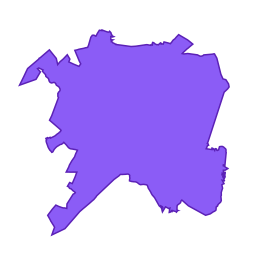 Suchiapa, Chiapas, Mexico, rotated 265°
{"feature_id": "50627088B44239726364509", "entity_name": "Suchiapa", "entity_type": "district", "adm_level": 2, "iso_a3": "MEX", "parent_name": "Mexico", "parent_adm1": "Chiapas", "projection": "mercator", "projection_center": [-93.131, 16.595], "detail": "fine", "context": "isolated", "style": "filled", "palette": "violet", "viewbox_px": 256, "rotation_deg": 265, "n_neighbors": 0, "source": "geoboundaries", "source_scale": "gbopen_adm2", "svg_char_len": 5619}
<svg xmlns="http://www.w3.org/2000/svg" viewBox="0 0 256 256"><g transform="rotate(265 128 128)"><path d="M204.5,45.2L196.0,33.2L193.0,31.4L188.5,28.8L180.1,23.7L184.5,40.6L191.5,45.6L195.0,43.0L195.6,44.4L193.2,48.4L192.8,48.0L192.0,47.7L188.3,50.5L187.2,50.6L186.5,50.7L186.0,51.2L185.4,51.9L184.5,52.8L183.6,53.2L181.8,53.5L180.7,54.0L180.0,54.7L179.5,55.9L179.7,57.0L179.9,58.1L179.7,58.8L179.1,59.4L178.5,59.9L177.5,60.1L176.8,60.5L175.7,61.9L174.9,62.8L174.0,63.2L173.1,63.6L172.1,63.7L171.2,63.5L170.5,62.9L169.7,61.9L169.1,61.6L168.5,61.1L168.1,61.2L167.4,61.0L165.4,60.9L164.4,61.4L146.9,53.1L142.6,50.5L131.9,60.9L131.5,61.1L131.1,60.9L130.8,60.5L130.3,60.3L129.8,59.3L129.1,58.6L128.1,56.8L126.6,54.7L126.3,54.1L124.7,49.9L125.5,49.6L124.7,47.3L125.4,47.0L124.8,45.3L123.3,45.9L123.0,45.4L121.8,45.3L120.6,45.5L118.8,46.0L115.7,46.8L114.3,47.4L112.6,48.3L111.5,49.3L110.4,49.9L110.6,50.8L111.3,51.4L113.0,52.5L113.9,53.4L114.9,54.5L115.9,55.9L116.6,57.5L117.3,58.6L117.6,60.3L118.3,61.7L119.3,62.8L116.6,65.0L113.9,66.8L112.9,67.8L112.6,68.3L112.2,69.2L111.8,71.1L111.4,72.4L111.1,73.7L110.3,75.7L107.0,73.7L103.8,72.2L100.1,69.1L96.2,66.4L94.4,65.6L89.5,62.6L89.2,65.7L89.1,66.3L89.0,67.4L88.9,68.4L88.9,69.0L88.6,72.3L88.5,73.2L87.7,72.8L84.2,71.2L77.5,67.6L78.8,65.1L75.2,62.6L74.9,63.2L74.5,63.6L74.2,64.1L73.3,64.3L72.6,65.1L72.3,66.1L70.4,67.6L69.4,68.8L68.7,69.6L68.3,69.9L67.9,69.6L67.5,69.1L67.2,68.5L66.9,67.6L57.7,60.6L53.2,60.0L53.5,59.0L53.9,58.1L53.9,57.1L54.2,56.1L54.5,55.2L56.0,52.0L57.5,49.4L53.6,45.4L48.0,40.4L43.1,42.6L42.1,42.9L41.2,43.4L39.2,44.4L37.3,45.4L35.5,46.2L32.6,44.8L28.1,42.8L33.2,56.4L41.8,65.3L44.2,67.8L48.9,72.6L51.6,76.3L53.3,78.8L54.9,81.0L56.5,83.3L58.6,86.1L59.7,87.7L60.2,88.2L62.5,90.5L63.0,90.7L78.2,109.9L78.4,110.4L78.9,111.1L81.1,114.8L82.4,116.3L82.2,118.9L82.1,121.8L82.2,123.5L81.9,124.5L81.3,125.2L80.7,125.6L79.7,125.4L77.7,125.5L76.3,125.0L75.2,124.9L74.4,126.9L73.9,129.3L73.7,130.9L72.9,132.4L70.9,134.5L70.4,135.7L70.5,137.0L70.5,138.5L70.2,139.9L69.8,141.5L69.1,142.3L67.8,142.6L66.6,142.9L65.9,143.1L64.9,143.7L63.0,144.6L61.6,145.3L61.0,145.4L59.8,146.0L59.3,146.2L56.3,148.4L47.7,152.3L46.8,153.2L47.7,153.7L46.7,155.2L45.9,154.4L45.4,155.5L44.7,154.4L44.2,154.7L43.1,154.7L41.4,155.0L46.2,158.5L44.2,161.6L44.5,162.7L43.9,162.5L40.3,161.7L40.4,162.6L41.8,164.2L40.9,164.6L41.9,165.5L41.6,165.9L41.3,166.3L41.0,167.4L40.6,168.3L39.9,168.9L41.5,170.4L41.5,170.6L42.1,169.6L42.3,169.6L43.0,169.8L44.0,169.8L44.6,169.9L45.1,170.0L46.0,170.1L46.7,170.4L47.3,171.2L47.9,172.2L48.4,173.0L49.0,173.8L50.7,174.5L51.1,174.8L51.2,175.1L51.5,175.4L49.3,177.5L45.2,181.4L34.3,197.7L35.3,202.5L37.2,205.9L37.5,207.0L37.9,207.5L38.0,207.8L38.3,208.3L39.1,208.6L41.1,208.9L41.4,208.9L41.8,209.1L42.1,210.0L42.7,210.6L43.1,210.4L44.0,211.2L44.7,212.0L45.8,213.5L46.1,213.8L47.5,214.6L51.8,214.6L52.8,215.1L55.7,215.3L58.2,216.3L59.8,217.0L61.2,216.8L62.0,216.7L63.3,216.6L63.8,217.6L64.2,218.8L67.7,217.3L67.0,219.4L67.2,219.5L67.6,219.3L68.1,218.8L69.6,219.7L70.0,218.6L70.4,218.6L70.6,218.5L70.8,218.3L71.6,218.2L71.6,218.4L71.6,219.0L71.2,219.6L71.1,219.8L71.0,220.5L72.4,220.4L72.9,220.4L73.3,217.5L74.5,217.9L74.8,217.9L74.1,220.8L75.3,221.0L75.8,219.3L76.0,219.2L77.6,219.3L77.6,220.0L77.5,220.9L77.5,221.1L78.9,224.0L79.1,223.8L79.9,222.4L81.5,220.6L81.9,220.2L82.1,219.6L83.0,219.8L82.4,221.3L95.2,223.7L95.7,223.5L97.3,223.7L98.1,223.7L98.9,223.3L99.3,222.9L99.7,222.4L100.3,222.0L100.7,221.5L101.3,220.7L101.5,219.8L101.5,218.5L101.4,217.5L98.3,216.3L97.8,214.9L98.4,214.4L99.2,214.4L99.3,214.4L99.5,214.2L99.8,213.3L99.5,212.9L99.2,212.8L98.9,212.6L98.7,212.6L98.1,212.4L99.6,211.6L99.3,211.4L100.3,210.2L101.3,209.8L99.2,209.8L100.1,205.8L100.5,204.1L101.4,204.6L103.5,205.6L103.8,206.8L105.4,206.3L105.6,206.2L105.7,205.7L107.7,206.7L155.3,226.9L157.8,230.1L158.4,230.8L160.1,232.3L163.2,232.0L167.6,229.7L168.6,226.9L173.5,225.2L189.8,222.6L194.3,220.6L194.4,220.1L194.2,218.3L194.2,209.8L193.5,208.9L193.2,207.4L193.1,206.9L193.6,205.5L194.8,203.6L197.0,194.0L196.9,190.2L197.4,188.5L197.7,188.8L198.2,189.3L201.5,193.5L202.7,195.4L203.2,196.0L205.9,199.9L209.6,196.1L210.6,195.0L215.5,188.1L216.6,186.6L214.3,184.0L213.1,182.8L212.7,182.4L211.9,181.0L211.3,180.3L209.7,179.0L209.1,178.3L208.3,177.6L209.1,175.7L209.7,174.0L210.6,171.4L208.5,170.4L208.7,169.7L208.9,169.0L208.7,168.9L208.8,168.4L209.2,168.6L209.5,168.5L210.0,167.8L208.2,165.4L208.5,164.8L208.5,164.4L208.5,164.2L208.5,163.9L208.9,163.2L209.4,162.3L210.6,161.2L210.9,160.7L211.1,160.0L209.5,159.3L209.3,159.7L208.5,159.5L208.8,157.8L208.4,157.7L209.4,154.1L209.4,153.6L208.8,142.8L208.9,138.2L211.2,128.0L212.2,123.3L212.5,123.4L213.0,122.2L213.7,121.3L214.0,120.4L214.8,120.1L215.3,119.4L215.4,118.9L215.9,119.0L216.6,119.5L217.1,120.6L217.5,118.5L219.5,118.8L220.6,118.8L220.0,120.3L220.3,121.8L220.5,121.5L220.5,121.1L220.9,120.5L221.2,120.4L221.3,120.1L222.5,119.9L223.0,119.6L223.4,119.4L224.0,119.4L224.6,119.2L225.2,118.7L226.0,118.1L225.3,117.5L225.2,116.6L226.1,114.4L227.0,112.5L227.9,110.7L227.3,110.6L227.9,108.0L224.9,105.7L222.4,104.2L222.3,103.9L222.4,103.5L223.1,102.9L223.5,101.8L223.5,100.5L223.0,100.1L222.2,99.4L221.7,98.9L213.9,95.9L212.6,95.2L211.8,94.8L211.8,94.5L211.6,92.5L211.3,91.1L211.1,89.4L210.9,87.3L210.7,85.8L210.5,85.0L210.3,84.2L210.0,81.8L208.1,82.4L205.8,83.1L203.4,83.9L200.8,84.7L198.9,85.3L196.0,86.5L193.7,84.5L196.3,79.5L199.0,74.8L201.7,76.1L206.3,73.9L202.4,69.5L199.8,65.9L197.3,63.5L203.6,62.6L212.7,56.5L211.0,54.1L205.9,47.0L205.8,46.9L205.1,45.4L204.8,45.3L204.5,45.2Z" fill="#8b5cf6" stroke="#5b21b6" stroke-width="1.5"/></g></svg>